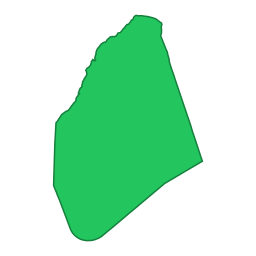 outline of Rarieda, Nyanza, Kenya
{"feature_id": "3690345B79902810586974", "entity_name": "Rarieda", "entity_type": "district", "adm_level": 2, "iso_a3": "KEN", "parent_name": "Kenya", "parent_adm1": "Nyanza", "projection": "albers", "projection_center": [34.335, -0.244], "detail": "fine", "context": "isolated", "style": "filled", "palette": "green", "viewbox_px": 256, "rotation_deg": 0, "n_neighbors": 0, "source": "geoboundaries", "source_scale": "gbopen_adm2", "svg_char_len": 2915}
<svg xmlns="http://www.w3.org/2000/svg" viewBox="0 0 256 256"><path d="M53.6,185.5L54.0,186.6L54.3,187.3L54.8,188.6L55.4,189.9L55.8,191.0L56.3,192.1L56.7,193.3L57.3,194.8L57.9,196.4L58.3,197.2L58.5,197.7L60.0,201.3L63.3,210.2L65.0,214.6L66.4,218.3L67.6,221.6L70.5,229.3L71.4,231.1L72.3,232.6L73.5,234.1L73.9,234.6L74.4,235.0L75.3,235.9L76.9,237.2L78.5,238.2L80.2,239.1L81.8,239.7L83.1,240.0L84.5,240.3L85.1,240.4L86.1,240.6L88.5,240.6L90.5,240.5L92.5,240.3L93.1,240.1L93.7,240.0L95.0,239.6L95.8,239.3L96.5,239.0L98.4,238.3L100.1,237.3L101.2,236.7L102.2,235.9L107.3,231.6L110.4,229.1L120.5,220.6L125.5,216.4L129.2,213.2L136.7,207.0L143.3,201.4L147.4,198.0L149.5,196.2L164.9,183.3L180.2,174.3L184.5,171.7L202.4,161.2L200.7,156.3L194.2,136.5L192.5,131.7L190.9,126.1L189.4,121.5L187.5,116.1L185.2,109.2L184.0,105.7L177.3,85.8L174.9,78.8L174.2,76.3L173.0,72.9L171.7,69.4L171.0,67.1L170.8,66.5L170.6,66.0L169.2,61.3L169.1,60.7L169.2,59.9L169.1,59.1L168.8,58.3L168.6,57.6L168.4,56.8L168.3,56.0L167.9,55.4L167.8,54.8L167.7,54.1L167.5,53.2L167.4,52.4L167.2,51.7L166.8,51.0L166.5,50.4L166.2,49.7L160.7,35.9L160.8,35.4L160.9,34.8L161.1,34.3L161.3,33.8L161.4,33.3L161.5,32.7L161.5,31.9L161.5,31.1L161.5,30.5L161.6,29.9L161.5,29.4L161.4,28.9L161.4,28.3L161.3,27.8L161.3,27.1L161.3,26.4L161.8,25.1L161.9,24.7L161.7,23.9L161.6,23.2L159.7,21.8L157.9,20.4L155.8,18.9L153.1,17.9L150.8,17.3L148.2,16.6L145.7,16.3L143.5,16.0L141.7,15.7L140.7,15.7L138.8,15.8L137.8,15.7L136.6,15.4L136.1,15.4L135.6,15.6L134.3,16.5L133.5,17.9L133.3,18.4L133.2,19.0L132.4,19.8L131.9,19.9L131.4,20.1L130.9,21.3L130.0,22.4L129.4,23.1L128.6,24.2L126.9,24.6L125.6,26.1L124.7,27.4L123.9,28.2L123.1,29.0L122.2,30.2L121.7,31.0L120.8,32.0L120.2,32.6L118.1,33.0L117.4,34.1L117.2,34.6L116.9,35.0L115.8,36.1L114.1,36.7L113.6,36.7L112.3,36.5L111.8,36.6L111.2,36.8L109.6,37.3L108.8,38.5L107.5,39.3L106.8,40.4L106.4,41.2L105.5,42.0L105.0,42.1L104.5,42.2L103.1,42.7L102.5,43.2L101.1,44.1L100.5,44.9L99.8,45.9L99.1,46.8L98.3,47.7L97.5,48.8L96.9,49.8L96.4,51.2L96.1,52.2L95.9,54.0L95.8,54.5L95.6,55.2L95.1,56.7L94.8,58.1L94.8,58.7L95.5,60.3L94.4,60.8L92.8,59.5L91.9,60.9L91.3,61.7L91.3,62.9L91.1,63.6L90.9,64.2L90.2,65.6L89.3,66.6L88.9,67.1L87.1,68.2L86.2,69.6L85.8,70.5L86.4,71.5L86.7,72.9L86.8,73.4L86.8,74.1L86.5,75.3L85.9,76.4L84.9,77.6L84.7,78.1L84.1,79.1L83.8,79.8L83.5,80.4L82.9,81.3L82.6,82.1L82.3,83.8L81.8,85.6L81.8,87.0L80.7,87.8L80.2,88.3L79.9,88.9L79.4,90.1L79.3,90.5L79.1,91.1L78.6,92.4L78.3,93.0L79.4,93.9L78.3,94.8L77.6,96.2L77.0,96.9L76.4,97.8L76.0,99.1L75.9,100.8L74.9,102.0L74.4,102.5L74.0,102.8L73.1,103.9L72.7,104.9L71.8,105.5L71.3,106.2L71.0,106.7L70.2,108.0L69.8,108.5L69.5,108.9L68.6,110.1L67.6,110.7L66.5,111.2L66.0,111.4L65.3,111.9L63.9,112.9L62.5,113.9L61.4,114.9L61.0,115.6L60.1,117.2L59.6,117.9L59.2,118.4L58.6,119.3L58.3,119.9L57.3,121.3L56.4,122.4L56.0,122.8L54.8,144.6L53.6,185.5Z" fill="#22c55e" stroke="#15803d" stroke-width="1.5"/></svg>